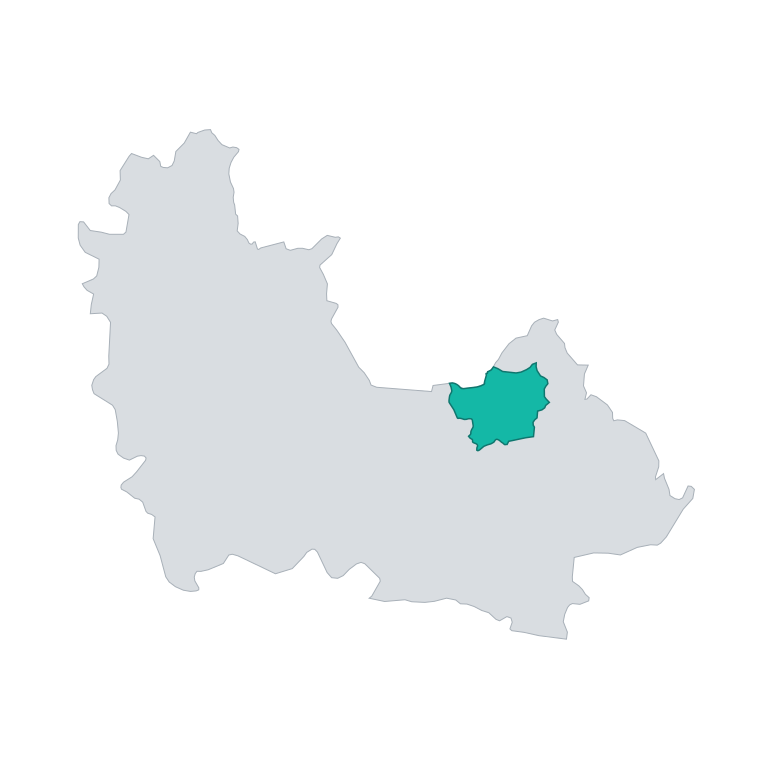 Guinea, with Kindia highlighted, rotated 185°
{"feature_id": "GIN-5643", "entity_name": "Kindia", "entity_type": "Prefecture", "adm_level": 1, "iso_a3": "GIN", "parent_name": "Guinea", "parent_adm1": "", "projection": "orthographic", "projection_center": [-12.581, 10.091], "detail": "fine", "context": "in_parent", "style": "filled", "palette": "teal", "viewbox_px": 768, "rotation_deg": 185, "n_neighbors": 0, "source": "natural_earth", "source_scale": "10m", "svg_char_len": 5510}
<svg xmlns="http://www.w3.org/2000/svg" viewBox="0 0 768 768"><g transform="rotate(185 384 384)"><path d="M477.2,512.1L470.6,511.2L467.6,512.5L458.8,523.0L453.5,527.1L445.3,525.9L442.3,526.6L440.2,525.5L443.1,519.7L447.3,508.4L458.1,496.9L458.3,494.5L453.9,487.8L449.1,478.8L449.1,469.0L448.2,462.0L438.6,460.1L436.8,458.9L436.5,456.5L441.9,444.3L442.3,441.9L441.6,439.7L435.7,433.5L426.4,422.1L410.6,398.5L404.7,393.5L399.0,386.4L396.8,381.8L391.0,380.1L336.0,380.6L335.0,386.8L316.0,391.0L304.3,386.2L291.4,389.0L285.0,392.1L280.2,405.9L277.4,408.9L274.6,415.1L272.1,418.5L269.2,425.3L263.0,435.0L256.5,441.2L245.5,444.6L242.0,454.8L239.5,458.6L235.2,461.6L230.7,463.5L221.6,461.5L216.6,463.3L215.7,460.8L218.6,452.7L216.3,448.5L207.7,440.1L206.9,436.0L204.2,430.8L192.9,419.9L182.2,420.6L185.2,411.5L185.1,399.5L181.5,392.9L182.5,386.2L180.5,386.7L176.9,391.3L171.2,389.8L159.6,382.6L153.9,375.6L153.2,369.7L151.9,367.4L148.3,368.6L141.1,368.5L119.0,357.9L103.5,331.4L103.1,325.4L105.5,315.1L105.0,312.4L97.7,319.1L96.4,314.6L90.9,303.9L89.4,297.8L84.1,295.1L79.9,294.6L76.6,296.6L72.2,308.9L69.0,308.8L65.6,306.1L66.4,296.9L75.0,285.4L89.4,256.3L94.5,249.6L97.7,247.3L104.4,247.1L117.5,243.3L133.6,234.3L145.9,235.0L160.4,234.0L179.4,227.8L179.6,208.2L179.0,203.8L172.3,199.9L168.4,196.5L165.1,192.1L161.0,189.0L161.2,185.8L169.6,181.6L177.2,181.7L179.8,180.1L181.7,177.3L183.9,170.3L184.7,162.8L179.7,152.8L180.0,145.7L207.7,146.8L222.8,148.8L235.2,149.4L237.2,151.0L235.5,157.9L237.1,161.9L241.3,163.0L248.2,158.2L251.9,159.3L259.7,165.3L266.9,166.9L274.8,170.2L282.2,172.0L288.7,171.7L293.7,175.1L303.0,176.1L314.9,171.9L324.3,170.0L337.4,169.5L344.3,170.9L364.4,167.4L380.1,169.3L377.7,171.6L370.5,187.3L371.4,190.1L387.5,203.3L391.3,204.3L395.7,202.4L402.5,196.3L407.9,189.6L413.2,186.4L419.3,186.5L424.2,191.2L435.7,210.8L438.6,213.3L441.4,213.2L446.3,209.5L448.8,205.2L459.3,192.1L475.6,185.5L514.6,200.1L520.3,201.2L523.7,200.1L528.4,191.2L543.0,183.6L550.0,181.4L554.0,181.1L555.5,178.7L556.2,175.1L555.3,171.4L550.7,164.8L550.6,162.8L553.1,161.5L558.7,160.5L565.9,161.1L574.1,163.9L580.7,168.0L584.6,172.9L592.1,193.6L600.5,209.8L600.5,231.6L604.1,233.8L608.1,234.7L610.0,236.4L614.1,245.3L617.9,247.9L622.4,248.5L630.9,254.1L636.3,256.3L637.1,258.0L637.0,260.4L634.9,263.5L626.9,269.6L622.9,274.8L614.8,287.3L614.6,289.6L616.4,291.3L619.8,291.5L623.4,290.6L631.0,286.0L637.0,287.5L642.8,290.9L645.0,294.5L645.6,299.2L644.4,305.2L644.3,312.0L646.4,323.5L649.5,335.0L652.6,339.2L672.0,349.1L673.9,352.9L675.0,357.2L673.6,363.1L671.7,366.3L661.3,375.5L659.7,379.8L660.6,387.8L661.8,421.6L666.1,427.3L671.1,430.1L682.7,428.4L682.5,437.7L681.1,448.3L687.9,451.4L691.3,454.6L693.3,457.6L682.6,463.3L679.6,466.6L678.2,475.4L678.7,483.5L693.1,489.1L698.8,495.8L701.3,502.8L702.4,516.2L701.1,519.2L697.4,519.3L690.0,511.3L678.8,510.6L670.5,509.2L656.6,510.4L654.3,512.9L652.8,530.6L656.2,533.5L662.9,536.8L667.2,538.1L670.9,537.7L673.6,539.8L674.3,545.6L672.5,549.9L668.9,553.9L664.4,564.2L665.5,573.6L657.8,588.6L655.6,591.6L645.2,588.7L638.4,587.8L633.5,591.7L626.7,586.0L625.4,581.4L622.9,580.5L618.4,580.5L614.2,583.2L612.4,587.9L611.6,597.5L604.0,606.6L598.8,618.0L592.6,617.0L591.3,618.4L584.7,621.4L579.0,622.3L577.5,619.3L574.2,616.9L570.5,612.1L566.3,608.3L558.3,605.7L555.2,606.9L551.4,606.6L548.9,605.1L549.2,602.8L553.4,596.8L555.7,591.4L557.0,585.5L556.9,579.8L554.6,571.9L551.0,565.6L550.1,562.0L550.5,556.8L549.6,551.9L548.4,549.4L546.6,540.3L544.5,538.6L543.3,531.3L543.6,523.7L540.5,520.9L535.6,518.9L532.7,515.9L530.9,512.7L529.1,511.7L527.6,511.9L526.3,514.0L524.7,514.4L521.8,507.4L520.6,507.1L518.6,508.8L496.2,516.8L493.3,510.2L489.0,509.0L481.6,511.7L477.2,512.1Z" fill="#d9dde1" stroke="#a8b0b8" stroke-width="1"/><path d="M318.8,390.4L316.1,391.0L314.6,390.9L313.2,390.6L311.6,390.0L309.5,388.8L308.0,387.3L306.4,386.3L304.4,386.3L291.5,389.0L287.5,390.5L284.4,392.3L283.9,393.1L283.9,393.6L284.0,394.2L284.0,395.2L282.8,401.7L282.9,401.9L283.2,402.9L283.2,403.3L283.0,403.5L282.5,403.5L282.1,403.5L281.9,403.9L281.9,405.0L281.8,405.3L281.5,405.4L278.8,407.0L278.1,407.8L276.6,410.3L276.4,410.6L271.9,409.2L266.9,406.8L253.4,406.5L248.5,407.8L243.3,410.7L239.9,413.3L237.9,416.5L234.2,418.3L234.0,414.6L232.7,410.7L228.8,405.7L225.2,404.4L221.8,402.3L220.8,398.6L222.6,395.9L223.9,393.0L223.1,385.4L221.3,383.3L217.7,380.1L221.1,376.7L221.8,374.3L224.4,372.0L228.6,370.4L228.6,363.6L230.7,361.5L232.2,358.8L231.7,355.9L230.4,354.1L230.5,344.6L238.2,342.8L247.8,339.9L251.0,338.9L254.8,337.8L256.1,334.5L257.1,334.4L258.2,334.1L259.0,334.4L260.4,335.5L261.8,336.2L262.5,336.7L263.1,337.2L264.9,338.3L266.7,338.8L267.7,338.4L268.4,337.7L269.3,335.9L270.5,334.9L272.3,333.7L275.7,332.4L279.0,330.7L283.0,326.7L284.0,326.0L284.7,325.8L285.1,325.8L285.8,326.2L285.9,328.5L285.4,330.3L285.5,331.2L286.0,331.9L287.0,332.5L287.6,332.7L289.3,333.2L290.1,333.5L290.7,334.1L290.9,335.8L291.3,336.5L292.5,337.0L293.8,337.8L295.2,339.3L293.6,341.1L293.4,341.5L293.2,342.2L293.3,343.6L293.2,344.6L292.6,346.4L291.8,348.1L291.5,349.0L291.5,350.2L292.9,355.8L293.2,356.2L293.5,356.6L294.2,356.9L295.0,356.9L295.9,356.9L296.7,356.8L299.2,355.9L300.1,355.8L301.0,355.7L301.9,355.9L304.2,356.4L305.5,356.5L306.1,356.5L307.0,356.3L307.2,356.2L307.5,356.3L307.9,356.5L308.5,357.5L312.2,364.5L317.5,371.3L317.7,372.2L317.8,373.5L317.7,376.5L317.6,377.8L317.4,378.7L316.1,381.6L315.9,382.5L315.9,383.3L316.9,386.7L318.8,390.4L318.8,390.4Z" fill="#14b8a6" stroke="#0f766e" stroke-width="1.5"/></g></svg>